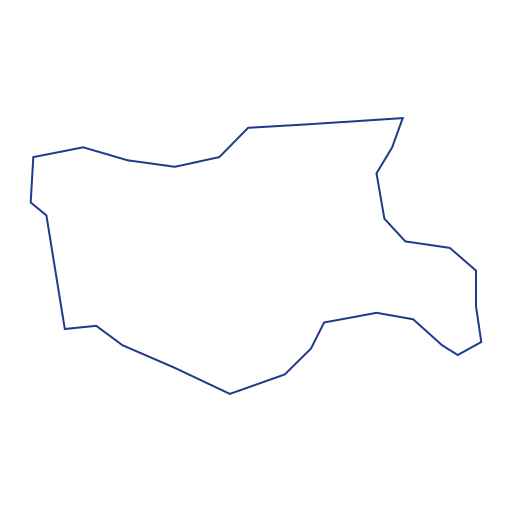 the border of Żebbuġ
{"feature_id": "MLT-5946", "entity_name": "Żebbuġ", "entity_type": "state/province", "adm_level": 1, "iso_a3": "MLT", "parent_name": "Malta", "parent_adm1": "", "projection": "natural_earth1", "projection_center": [14.44, 35.87], "detail": "fine", "context": "isolated", "style": "outline", "palette": "blue", "viewbox_px": 512, "rotation_deg": 0, "n_neighbors": 0, "source": "natural_earth", "source_scale": "10m", "svg_char_len": 492}
<svg xmlns="http://www.w3.org/2000/svg" viewBox="0 0 512 512"><path d="M64.8,329.0L46.4,215.4L30.7,202.5L33.3,157.1L83.1,147.3L127.6,160.3L174.8,166.8L219.3,157.1L248.1,127.8L303.1,124.6L402.7,118.1L392.2,147.3L376.5,173.3L384.4,218.7L405.3,241.4L449.8,247.9L476.0,270.6L476.0,306.3L481.3,342.0L457.7,355.0L442.0,345.2L413.2,319.3L376.5,312.8L324.1,322.5L311.0,348.5L284.8,374.4L229.8,393.9L174.8,367.9L122.4,345.2L96.2,325.8L64.8,329.0Z" fill="none" stroke="#1e3a8a" stroke-width="2"/></svg>